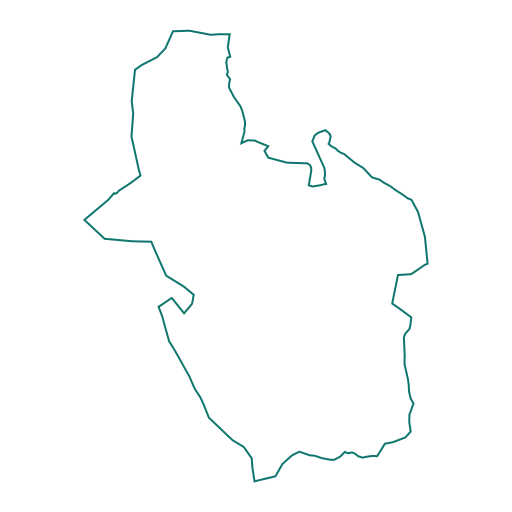 Dandume, Katsina, Nigeria
{"feature_id": "59680162B23965546094498", "entity_name": "Dandume", "entity_type": "district", "adm_level": 2, "iso_a3": "NGA", "parent_name": "Nigeria", "parent_adm1": "Katsina", "projection": "albers", "projection_center": [7.218, 11.418], "detail": "fine", "context": "isolated", "style": "outline", "palette": "teal", "viewbox_px": 512, "rotation_deg": 0, "n_neighbors": 0, "source": "geoboundaries", "source_scale": "gbopen_adm2", "svg_char_len": 2229}
<svg xmlns="http://www.w3.org/2000/svg" viewBox="0 0 512 512"><path d="M254.5,481.3L275.4,476.3L282.5,463.9L292.1,455.3L299.4,451.7L306.9,454.3L309.7,455.3L314.6,455.7L317.6,456.7L322.1,458.2L329.9,459.7L333.6,459.8L334.2,459.8L340.2,456.6L342.1,454.7L344.9,451.9L345.0,451.9L347.9,453.3L352.0,452.4L354.9,453.6L358.2,456.2L362.5,457.6L365.0,457.1L367.4,456.6L373.1,455.9L377.2,456.2L384.9,443.7L389.3,442.9L393.2,442.1L405.3,437.5L410.7,431.6L409.3,422.4L409.4,414.5L410.0,413.2L413.5,403.5L410.6,398.4L409.1,391.8L408.7,385.1L408.1,379.9L404.5,364.0L404.7,355.5L403.9,337.5L405.1,333.9L409.5,328.9L410.5,324.3L411.3,317.4L401.5,310.1L398.2,307.7L392.3,303.6L392.5,302.0L398.0,275.0L411.1,274.2L421.7,267.0L424.7,264.9L427.6,263.7L424.9,236.7L418.0,211.9L417.9,211.8L411.5,199.8L407.8,198.4L403.5,195.2L395.4,190.0L390.5,186.3L384.0,182.8L379.6,179.7L371.9,177.3L363.5,168.2L354.5,162.6L344.1,154.0L340.9,152.8L337.9,150.8L335.6,148.5L331.1,146.1L328.6,143.9L329.5,142.0L329.9,139.5L330.6,137.0L330.1,134.5L328.2,132.4L327.0,131.7L325.5,130.1L318.3,132.7L314.8,135.4L312.3,141.3L324.5,168.3L325.1,174.2L324.3,178.9L326.1,184.0L323.3,184.4L320.1,185.3L312.5,186.5L308.8,185.3L311.3,170.3L311.1,167.4L310.0,165.2L307.5,163.4L303.4,163.2L303.2,163.2L287.1,162.7L268.3,157.7L264.5,150.9L268.2,146.2L259.8,142.8L257.0,141.7L255.0,140.5L252.8,140.5L247.7,140.3L241.4,143.2L244.5,131.5L244.3,129.2L245.0,125.2L244.9,121.2L243.7,116.4L242.5,111.6L240.5,106.4L233.9,97.0L229.0,87.5L229.3,82.4L230.1,79.2L226.8,74.8L227.9,72.0L227.0,67.4L226.3,61.9L227.4,57.6L230.2,56.8L229.7,54.9L227.8,47.2L229.7,34.3L219.1,34.2L210.8,34.8L189.3,30.7L173.0,31.3L165.3,48.5L157.1,57.1L141.4,65.2L135.0,69.8L131.7,101.3L133.2,113.5L131.5,136.6L135.1,152.8L138.7,169.2L140.5,175.6L130.2,183.3L119.0,190.6L117.2,192.7L115.2,193.8L114.0,193.2L108.5,199.6L84.4,219.9L104.6,238.8L132.7,241.3L151.3,241.7L155.5,251.7L166.2,275.7L184.0,286.7L193.7,294.8L192.6,301.2L191.9,304.0L184.1,313.3L171.9,298.1L171.7,298.0L158.6,306.8L162.2,316.2L164.6,325.2L169.1,341.2L175.2,351.1L189.4,376.5L194.6,388.5L200.4,397.5L203.6,404.4L208.9,417.7L227.5,435.4L232.6,440.2L243.9,447.1L251.8,458.5L252.3,466.8L254.5,481.3Z" fill="none" stroke="#0f766e" stroke-width="2"/></svg>